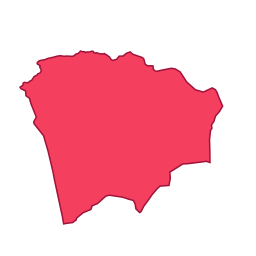 Lom-Et-Djerem, Est, Cameroon, rotated 258°
{"feature_id": "32672807B76674513300734", "entity_name": "Lom-Et-Djerem", "entity_type": "district", "adm_level": 2, "iso_a3": "CMR", "parent_name": "Cameroon", "parent_adm1": "Est", "projection": "natural_earth1", "projection_center": [14.12, 5.232], "detail": "fine", "context": "isolated", "style": "filled", "palette": "rose", "viewbox_px": 256, "rotation_deg": 258, "n_neighbors": 0, "source": "geoboundaries", "source_scale": "gbopen_adm2", "svg_char_len": 2218}
<svg xmlns="http://www.w3.org/2000/svg" viewBox="0 0 256 256"><g transform="rotate(258 128 128)"><path d="M47.6,45.1L47.4,49.8L47.0,54.2L48.8,58.1L50.8,59.3L54.5,66.6L56.0,74.7L59.4,76.8L60.4,82.4L64.3,89.2L66.1,92.5L66.1,95.9L61.5,108.2L58.4,113.6L56.0,118.2L51.9,119.2L47.3,118.9L42.9,121.8L43.4,123.3L48.0,127.0L54.1,133.8L57.7,137.6L62.2,143.4L64.5,147.2L64.0,151.0L63.3,156.1L70.2,159.0L76.1,159.7L81.4,174.0L80.6,179.7L80.5,180.6L79.1,197.7L77.2,201.0L86.6,202.9L99.9,205.4L106.9,207.7L108.7,208.4L110.2,210.0L113.6,210.3L116.6,213.4L121.6,216.2L125.2,221.0L129.7,225.1L134.3,224.2L140.3,223.0L144.1,222.6L147.4,221.4L149.7,218.7L147.5,209.1L151.4,201.9L160.8,195.0L172.0,190.7L175.9,186.6L177.4,183.0L177.6,172.8L177.5,167.6L178.1,166.5L179.8,165.1L183.6,165.3L184.8,160.0L186.9,158.1L192.3,157.8L194.0,156.6L197.4,150.9L199.3,147.8L202.0,146.0L201.4,141.9L199.4,138.1L200.1,134.3L197.5,131.0L197.3,126.9L199.1,125.4L201.2,124.7L203.2,122.9L203.4,122.9L203.6,122.8L204.0,122.0L204.3,121.8L204.7,121.1L205.6,120.7L205.8,120.3L205.8,120.1L205.3,119.7L205.4,119.2L205.8,118.7L205.9,117.7L206.2,116.8L207.4,113.9L208.1,113.1L208.2,111.8L208.0,111.3L208.1,111.0L208.5,110.8L209.1,110.2L209.8,110.1L210.4,109.6L210.6,108.7L210.4,106.4L210.4,105.7L210.9,103.7L210.9,103.1L210.6,102.4L210.8,101.9L211.2,101.8L211.6,101.3L212.0,100.2L212.0,99.3L213.1,97.9L213.1,97.5L211.9,95.9L211.3,94.5L211.1,92.6L210.8,91.7L209.9,90.3L209.7,89.1L209.8,87.8L210.0,87.1L210.4,85.9L210.5,85.1L210.8,84.1L211.2,82.9L211.2,81.6L211.9,79.1L212.8,76.9L213.0,73.6L212.8,70.7L212.8,70.3L212.7,63.9L212.1,60.8L212.2,59.1L212.3,57.0L212.3,56.4L212.2,55.3L211.1,53.0L210.2,52.6L209.4,52.7L207.9,54.3L207.5,54.6L206.8,55.0L206.0,54.3L203.4,55.1L202.1,55.0L201.7,54.7L201.3,54.6L200.8,53.9L200.1,53.3L199.9,52.5L199.8,51.1L199.4,50.7L199.0,50.3L198.6,49.5L198.0,47.3L197.5,46.4L196.0,45.1L194.7,43.6L194.2,41.6L193.4,40.4L193.2,39.7L193.3,39.2L193.6,37.6L193.7,37.3L194.2,36.1L193.7,34.9L193.7,34.7L191.8,34.3L190.4,30.9L188.8,31.4L185.5,35.5L180.8,34.9L177.6,37.8L172.1,38.1L157.7,40.6L153.5,37.0L151.7,37.0L146.3,39.7L138.0,43.8L121.9,45.0L100.7,45.5L92.4,45.3L55.5,45.4L47.6,45.1Z" fill="#f43f5e" stroke="#9f1239" stroke-width="1.5"/></g></svg>